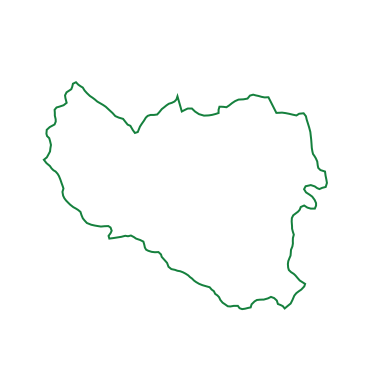 outline of Ribeirão Preto, São Paulo, Brazil, rotated 74°
{"feature_id": "56859067B67302806086523", "entity_name": "Ribeirão Preto", "entity_type": "district", "adm_level": 2, "iso_a3": "BRA", "parent_name": "Brazil", "parent_adm1": "São Paulo", "projection": "mercator", "projection_center": [-47.819, -21.215], "detail": "fine", "context": "isolated", "style": "outline", "palette": "green", "viewbox_px": 384, "rotation_deg": 74, "n_neighbors": 0, "source": "geoboundaries", "source_scale": "gbopen_adm2", "svg_char_len": 3551}
<svg xmlns="http://www.w3.org/2000/svg" viewBox="0 0 384 384"><g transform="rotate(74 192 192)"><path d="M272.0,110.5L269.3,109.2L266.9,108.6L264.1,107.7L261.1,105.9L257.8,106.0L254.8,105.9L252.6,105.3L250.2,104.8L247.8,104.3L244.6,103.2L242.3,101.1L241.3,98.5L240.1,95.4L238.7,93.3L236.4,91.6L235.9,87.9L238.8,85.4L240.7,82.4L241.8,78.5L239.3,76.5L236.9,75.8L233.4,76.3L229.6,77.7L227.0,79.7L223.8,82.5L220.2,83.5L217.8,81.2L218.1,75.9L220.4,72.5L222.8,70.6L224.3,68.7L223.9,65.7L224.0,62.1L220.5,59.8L217.0,59.4L213.1,59.1L209.0,58.5L206.3,62.5L203.6,64.0L201.0,63.8L197.2,63.2L193.7,63.7L191.1,64.4L188.8,65.2L186.3,65.1L182.7,64.7L178.0,63.7L174.6,63.0L171.0,62.4L166.9,61.7L162.3,61.6L157.3,61.7L154.0,61.8L150.6,61.6L147.1,63.0L146.3,67.4L147.2,70.5L145.5,73.7L143.7,76.9L142.0,80.2L140.5,83.6L139.9,86.3L139.2,89.1L122.0,92.4L121.1,96.1L119.7,98.9L118.0,101.6L116.8,103.9L115.3,106.4L115.3,109.7L117.5,112.9L117.1,117.0L116.0,121.8L116.5,125.5L117.6,129.0L119.1,132.6L120.0,135.5L118.6,138.8L117.6,142.1L120.3,143.8L123.4,144.7L123.5,148.0L123.4,151.4L123.0,154.7L121.9,159.4L119.1,163.8L115.5,166.9L111.7,169.1L110.6,173.2L111.1,176.1L111.8,179.6L106.6,179.6L96.0,179.6L98.8,181.5L100.2,183.9L100.7,186.7L100.8,190.0L101.7,192.7L102.7,195.0L104.0,198.2L106.1,201.2L107.9,204.1L107.4,207.5L106.5,210.6L106.6,213.6L107.8,215.9L110.2,218.5L112.7,221.6L114.8,224.0L119.4,227.6L119.5,230.6L116.2,231.8L111.4,233.0L109.5,235.3L106.9,236.4L102.7,238.1L100.3,241.9L97.9,244.8L94.2,246.6L90.6,248.8L86.3,251.4L83.9,253.4L81.9,255.3L79.0,258.1L76.1,260.0L74.0,261.6L71.5,263.7L67.9,265.8L64.8,267.3L61.5,268.2L59.7,269.9L57.5,271.7L54.5,273.3L55.1,276.6L57.8,278.1L59.9,279.7L60.7,282.2L61.6,285.1L64.1,287.4L66.9,287.8L71.7,287.9L73.2,291.5L73.4,296.0L73.4,298.9L75.1,301.4L77.9,302.0L80.8,302.8L84.5,303.0L86.8,303.6L89.2,305.5L90.4,310.9L92.2,314.5L95.9,315.9L98.3,315.9L100.9,314.4L103.7,314.4L107.9,314.6L111.0,316.1L113.9,317.3L116.4,319.7L118.7,322.0L120.2,325.5L124.2,323.9L127.9,321.4L130.6,320.5L132.9,319.2L134.7,317.5L137.4,316.2L140.0,315.5L143.8,315.1L147.9,314.9L150.5,314.7L153.2,314.6L156.2,316.5L160.0,316.9L162.9,316.4L165.5,315.4L168.3,313.9L170.6,312.6L173.8,310.3L176.1,308.0L177.9,306.4L180.4,304.7L183.8,304.6L187.2,304.2L189.6,303.2L192.8,301.6L195.7,297.9L197.5,294.6L198.8,291.9L200.1,289.1L200.8,285.4L201.7,281.8L203.7,280.1L207.1,279.9L209.1,281.6L211.2,284.3L214.0,284.3L214.6,280.4L215.1,276.3L215.6,272.3L215.7,268.2L216.9,265.7L217.0,262.7L219.3,260.3L221.4,258.6L223.9,255.0L226.3,252.4L229.4,252.4L232.4,252.6L234.8,252.0L236.4,250.3L238.4,247.3L239.7,244.2L240.5,240.8L243.5,239.0L246.0,239.0L249.9,237.1L253.3,235.5L257.4,235.2L260.4,233.1L262.1,229.9L263.7,227.7L264.9,225.2L266.7,222.8L268.7,220.7L271.1,218.6L273.2,217.4L275.1,215.9L277.8,214.4L279.8,212.8L282.3,210.4L284.4,207.7L286.3,204.7L288.4,201.3L291.2,200.0L293.4,198.3L296.3,197.8L298.4,196.1L300.5,195.0L303.6,194.5L306.8,193.1L309.2,191.1L311.7,189.1L312.6,186.7L313.0,183.0L314.1,179.3L316.8,178.3L318.4,176.1L318.8,173.2L318.9,170.0L319.1,167.4L316.4,165.7L314.4,162.0L313.7,159.4L314.2,156.5L315.2,152.6L315.2,148.4L314.6,145.0L316.6,142.3L319.7,140.4L323.3,140.3L324.9,138.2L326.7,136.2L329.5,135.0L327.8,131.2L326.4,127.9L323.6,125.3L319.8,122.2L318.0,119.6L316.9,116.8L315.9,113.8L313.7,110.1L311.5,108.6L309.5,110.4L306.8,112.8L303.6,114.3L300.7,115.6L298.7,116.8L296.3,118.9L293.7,120.4L291.2,120.4L287.7,119.7L285.0,118.5L282.5,116.6L280.3,114.8L277.7,113.8L274.9,112.8L272.0,110.5Z" fill="none" stroke="#15803d" stroke-width="2"/></g></svg>